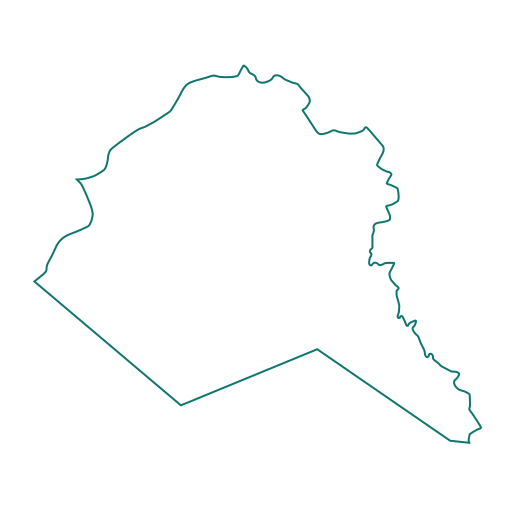 the district of Mapulaca, Lempira, Honduras, rotated 89°
{"feature_id": "27666195B86769903642722", "entity_name": "Mapulaca", "entity_type": "district", "adm_level": 2, "iso_a3": "HND", "parent_name": "Honduras", "parent_adm1": "Lempira", "projection": "robinson", "projection_center": [-88.627, 14.049], "detail": "fine", "context": "isolated", "style": "outline", "palette": "teal", "viewbox_px": 512, "rotation_deg": 89, "n_neighbors": 0, "source": "geoboundaries", "source_scale": "gbopen_adm2", "svg_char_len": 5981}
<svg xmlns="http://www.w3.org/2000/svg" viewBox="0 0 512 512"><g transform="rotate(89 256 256)"><path d="M446.5,46.0L445.9,46.0L444.8,46.5L443.8,46.6L441.0,46.2L437.9,45.4L436.0,42.5L434.3,39.5L433.0,36.9L432.2,34.5L431.9,34.2L431.5,34.0L430.0,34.7L426.9,36.5L418.3,41.9L416.7,43.0L414.5,44.6L413.3,45.3L412.9,45.4L412.4,45.4L409.9,44.7L407.4,44.6L401.3,44.7L398.8,44.8L397.8,45.1L397.5,45.4L397.0,46.2L395.4,49.1L394.7,50.8L393.8,53.9L393.2,55.2L392.7,56.0L391.8,57.1L390.6,58.2L389.2,59.2L388.1,59.7L387.1,60.0L386.0,60.2L385.3,60.1L384.5,59.9L383.4,59.1L381.9,57.4L380.2,56.1L378.1,55.0L377.5,55.0L377.0,55.1L376.5,55.5L376.3,55.9L375.8,56.8L375.4,58.0L375.1,59.7L375.0,61.8L374.9,62.6L372.2,67.6L369.4,72.7L368.8,73.4L367.5,74.4L366.1,75.9L363.4,79.3L362.5,80.2L361.9,80.6L361.2,80.8L360.5,80.9L359.6,80.8L358.7,81.0L357.8,81.5L357.1,82.3L356.9,82.8L356.8,83.3L356.9,83.9L357.2,84.3L357.4,84.6L357.8,84.9L358.8,85.0L359.2,85.2L359.6,85.5L359.8,85.9L360.0,86.4L360.0,86.9L359.8,87.3L359.5,87.7L359.0,88.1L357.8,88.6L356.7,88.8L354.7,89.0L352.9,89.5L345.5,93.0L339.8,95.0L339.1,95.4L338.5,95.9L336.9,97.6L335.5,98.8L334.0,99.8L332.2,100.6L331.3,100.7L330.5,100.6L329.8,100.1L328.8,99.1L327.7,98.3L326.3,97.8L324.8,97.3L324.0,97.2L323.7,97.3L323.4,97.7L323.4,98.1L324.3,100.5L325.3,102.8L325.8,103.5L326.4,104.2L327.1,104.7L328.2,105.2L328.4,105.6L328.4,106.1L328.1,106.6L327.5,107.0L323.3,108.6L320.1,110.1L319.2,110.5L318.9,110.8L318.7,111.1L318.6,111.5L318.6,112.0L318.7,112.3L318.9,112.7L319.2,112.9L320.1,113.2L320.3,113.6L320.5,114.0L320.5,114.4L320.3,114.8L319.8,115.3L319.1,115.4L317.9,115.3L315.5,114.4L313.7,114.0L308.3,113.6L307.1,113.8L304.3,114.4L298.8,115.9L297.6,116.1L294.2,116.1L293.6,116.0L293.0,115.8L292.3,115.3L291.4,114.2L290.9,114.0L290.5,114.0L290.1,114.2L289.6,114.5L287.4,117.1L284.1,119.9L282.5,121.2L281.3,121.8L279.8,122.3L278.1,122.7L276.8,122.9L275.6,122.9L274.5,122.5L270.2,120.1L265.8,117.9L265.6,117.9L265.3,118.2L265.2,121.2L265.2,123.8L265.3,126.3L265.7,127.8L266.6,129.4L266.9,130.3L267.1,131.2L267.2,132.1L267.1,132.8L266.8,133.4L266.5,133.8L265.8,134.5L265.2,135.3L264.9,136.2L264.7,137.3L264.9,138.1L265.3,138.9L265.9,139.5L267.0,140.2L267.3,140.7L267.4,141.2L267.2,141.8L266.9,142.3L266.4,142.7L265.8,142.9L265.0,143.0L263.9,143.0L261.3,142.6L259.7,142.1L257.8,140.9L256.6,140.6L256.1,140.6L255.6,140.8L255.3,141.0L254.7,141.6L254.2,141.9L253.6,142.0L253.1,142.0L252.6,141.9L252.0,141.6L251.4,141.1L250.5,140.0L249.8,139.5L249.2,139.4L238.2,139.3L237.1,139.1L235.1,138.3L233.1,137.8L231.8,137.7L229.6,138.0L228.7,137.9L227.8,137.7L226.9,137.1L226.2,136.5L225.6,135.5L225.2,134.6L224.8,132.8L224.4,129.2L223.7,125.8L223.3,124.3L223.0,123.3L222.6,122.5L222.1,121.9L221.5,121.5L220.9,121.3L219.6,121.2L218.4,121.3L217.4,121.6L214.6,122.7L209.6,124.8L209.1,124.9L208.7,124.9L208.3,124.5L208.1,124.2L207.6,121.4L206.8,119.0L206.3,117.9L204.0,113.9L203.5,113.3L203.0,112.9L202.4,112.7L200.8,112.4L198.7,112.3L194.6,112.6L192.4,113.0L191.2,113.3L190.7,113.6L190.1,114.3L188.0,118.7L187.1,120.7L186.3,123.2L186.0,123.6L185.7,124.0L185.4,124.0L183.8,123.2L181.0,121.7L177.6,119.4L176.8,119.2L176.1,119.4L175.2,120.2L174.5,121.3L174.3,121.6L174.0,123.3L173.6,124.3L172.6,126.4L171.5,128.5L170.4,130.0L169.1,131.6L167.8,133.0L167.3,133.3L166.8,133.3L166.1,133.1L163.9,132.1L160.9,130.6L155.8,127.7L153.8,126.9L151.7,126.5L150.4,126.5L149.2,126.8L148.1,127.4L132.8,140.0L130.1,142.4L129.5,143.1L129.3,143.5L129.3,144.2L129.6,144.7L129.9,145.0L131.0,145.6L131.6,146.1L132.3,146.8L132.8,147.7L133.8,150.2L134.7,152.7L135.0,153.7L135.2,155.1L135.3,157.1L135.3,159.4L135.2,160.9L134.8,163.7L133.6,170.1L133.0,171.9L132.0,174.3L131.8,175.2L131.7,176.1L131.8,177.1L132.1,178.0L133.3,180.4L134.0,182.2L134.4,183.5L135.0,186.0L135.3,188.0L135.3,189.0L135.1,190.1L134.6,191.1L133.5,192.4L131.9,193.7L125.4,197.8L115.8,203.8L112.4,206.1L111.4,206.7L110.9,206.7L110.5,206.4L109.6,204.6L109.1,203.9L108.4,203.2L106.0,201.3L104.9,200.6L103.9,200.0L102.4,199.6L101.6,199.5L100.7,199.6L99.0,200.0L97.3,200.9L95.7,202.2L89.8,207.4L87.8,209.0L85.8,210.4L84.9,211.3L84.4,212.3L83.9,214.5L83.3,216.5L80.7,222.5L79.7,224.5L78.1,226.4L77.0,227.9L76.6,228.8L76.1,229.8L75.8,231.0L75.7,232.3L75.8,233.5L76.1,234.4L76.4,235.0L76.8,235.4L78.9,236.8L79.4,237.3L80.1,238.1L80.9,239.3L81.6,241.0L82.1,242.4L82.7,244.3L82.8,245.7L82.8,247.3L82.5,248.8L81.8,250.4L81.2,251.2L80.7,251.8L79.6,252.6L79.0,252.8L77.9,253.1L77.2,253.3L76.0,254.1L75.3,254.8L74.7,255.6L74.2,256.5L73.5,258.0L72.7,259.1L71.7,259.9L69.5,260.9L68.0,261.9L67.1,262.7L65.9,264.0L65.5,264.5L65.5,265.0L65.6,265.4L66.3,265.8L70.4,268.2L73.6,269.8L74.8,270.6L75.4,271.1L75.8,271.9L76.2,274.0L76.6,276.6L76.7,279.8L76.7,283.4L76.5,287.0L76.3,288.8L75.8,291.1L75.0,293.9L74.9,294.8L74.9,295.8L75.5,298.4L77.1,303.5L79.3,312.3L80.0,314.7L81.2,318.2L82.3,320.5L83.2,321.8L84.3,323.1L85.5,324.1L87.7,325.8L90.4,327.4L97.0,331.0L103.5,335.0L108.5,338.2L109.4,338.9L110.0,339.5L112.1,342.6L115.0,347.2L118.9,353.4L120.9,356.9L124.5,363.8L125.3,365.8L126.2,368.6L126.8,370.1L127.5,371.6L129.1,374.3L132.2,379.1L135.1,383.3L139.6,389.7L143.0,394.3L145.4,397.5L147.1,399.4L147.9,400.0L148.5,400.4L149.9,401.0L151.6,401.6L153.8,402.1L157.2,402.6L159.5,403.0L161.3,403.5L163.7,404.3L165.1,404.9L165.9,405.4L166.7,406.0L167.6,406.8L169.9,410.4L172.2,414.4L173.2,416.5L174.0,418.9L175.0,422.4L175.8,426.0L176.2,429.7L176.4,433.8L180.0,430.3L181.0,429.6L182.2,428.9L185.5,427.3L191.5,424.7L198.4,422.0L203.6,420.1L207.9,419.0L210.1,418.6L211.2,418.5L212.5,418.6L214.8,419.1L217.3,419.7L219.2,420.5L220.6,421.2L222.1,422.0L222.9,422.8L223.6,423.8L224.4,425.4L225.9,428.8L228.5,435.1L231.0,442.0L231.9,444.2L232.9,445.9L234.1,448.0L235.7,450.0L237.1,451.5L239.1,453.2L241.6,454.9L251.4,459.7L259.9,464.4L261.3,465.0L263.0,465.4L264.4,465.6L265.9,465.7L266.6,465.9L267.4,466.1L268.0,466.5L269.1,467.5L270.6,469.1L277.6,478.0L404.0,333.7L350.3,196.4L444.1,65.1L446.5,46.0Z" fill="none" stroke="#0f766e" stroke-width="2"/></g></svg>